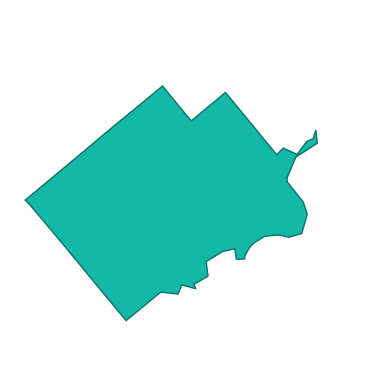 Faulkner, Arkansas, United States of America, rotated 229°
{"feature_id": "52423323B52169661365979", "entity_name": "Faulkner", "entity_type": "district", "adm_level": 2, "iso_a3": "USA", "parent_name": "United States of America", "parent_adm1": "Arkansas", "projection": "robinson", "projection_center": [-92.416, 35.105], "detail": "fine", "context": "isolated", "style": "filled", "palette": "teal", "viewbox_px": 384, "rotation_deg": 229, "n_neighbors": 0, "source": "geoboundaries", "source_scale": "gbopen_adm2", "svg_char_len": 749}
<svg xmlns="http://www.w3.org/2000/svg" viewBox="0 0 384 384"><g transform="rotate(229 192 192)"><path d="M107.0,187.8L109.1,189.7L111.3,195.9L112.6,200.4L112.8,206.1L111.0,217.4L104.3,227.4L100.5,231.0L94.5,235.2L88.7,247.6L99.6,264.4L111.4,269.3L137.3,270.5L140.3,273.0L150.3,293.4L146.6,318.5L157.4,326.1L152.7,318.5L154.8,311.8L151.4,295.9L165.2,289.7L164.6,280.4L231.6,282.2L245.2,282.5L246.1,238.1L254.5,238.2L291.3,239.3L291.5,231.5L292.0,211.6L293.3,165.8L293.5,145.1L295.3,60.8L290.4,61.2L265.4,60.9L235.3,60.3L176.3,58.8L172.9,58.7L138.2,57.9L137.0,102.6L124.2,114.6L128.6,123.2L116.9,131.3L121.0,132.8L118.1,148.9L130.2,157.0L127.1,175.9L121.2,187.1L112.0,181.4L107.0,187.8Z" fill="#14b8a6" stroke="#0f766e" stroke-width="1.5"/></g></svg>